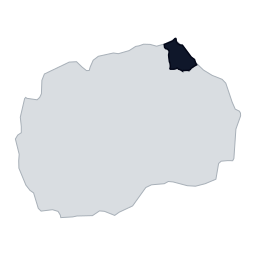 Kriva Palanka on a map of North Macedonia (Mercator projection)
{"feature_id": "MKD-2906", "entity_name": "Kriva Palanka", "entity_type": "Statistical Region", "adm_level": 1, "iso_a3": "MKD", "parent_name": "North Macedonia", "parent_adm1": "", "projection": "mercator", "projection_center": [22.313, 42.232], "detail": "fine", "context": "in_parent", "style": "filled", "palette": "ink", "viewbox_px": 256, "rotation_deg": 0, "n_neighbors": 0, "source": "natural_earth", "source_scale": "10m", "svg_char_len": 1731}
<svg xmlns="http://www.w3.org/2000/svg" viewBox="0 0 256 256"><path d="M113.5,53.0L118.4,53.7L129.1,50.6L135.7,46.4L139.1,45.8L143.6,44.2L150.1,44.4L156.6,46.2L165.0,43.8L173.2,39.9L176.4,40.9L180.0,44.2L182.3,45.1L195.9,62.8L203.4,70.0L212.2,75.4L222.2,79.4L225.8,83.2L232.1,102.0L235.2,109.1L239.4,111.2L240.5,113.2L240.6,115.9L235.9,129.1L233.9,158.4L232.7,160.7L227.7,160.6L221.1,161.2L218.6,163.5L215.9,179.2L205.2,183.7L195.5,186.2L187.3,185.7L173.0,181.9L168.3,181.5L164.3,183.7L151.5,184.8L145.8,187.5L132.6,205.9L119.2,212.2L114.7,215.4L104.4,211.3L99.5,210.9L92.5,215.6L76.9,216.0L72.7,216.9L60.8,217.6L60.3,215.1L58.1,211.4L52.5,209.7L41.1,211.1L38.3,208.4L33.6,192.9L30.0,190.4L25.9,185.1L18.9,168.2L18.7,160.8L19.2,154.3L15.4,139.0L17.7,135.1L21.3,132.7L21.3,126.5L20.3,117.2L24.6,98.7L25.7,97.4L26.8,98.3L37.1,99.8L39.7,97.4L41.4,93.8L41.9,80.3L44.4,74.0L69.2,62.1L76.5,61.7L82.1,67.1L86.5,70.6L89.2,70.5L90.2,67.0L93.2,60.2L98.3,56.3L113.3,53.0L113.5,53.0Z" fill="#d9dde1" stroke="#a8b0b8" stroke-width="1"/><path d="M175.7,38.4L176.1,39.0L176.2,41.0L176.4,41.9L177.7,43.4L179.1,44.5L180.7,45.1L182.4,45.2L191.1,57.0L194.5,59.5L195.6,62.9L196.7,64.8L195.2,65.6L194.3,66.1L192.8,67.2L191.2,68.2L190.3,69.5L189.4,70.0L188.8,70.4L188.8,70.6L187.8,70.4L187.4,70.4L187.0,70.4L186.4,70.4L185.8,70.4L184.7,70.5L183.4,70.5L182.8,70.6L182.6,70.9L182.6,71.2L181.4,70.4L180.0,69.6L178.5,69.2L177.6,68.2L176.9,68.0L176.4,68.5L175.6,68.8L173.9,69.2L172.6,69.2L171.3,69.2L170.3,69.2L169.9,68.6L170.0,68.2L170.3,67.1L170.3,65.4L170.0,63.3L169.4,61.8L168.8,57.2L168.6,54.9L169.1,52.5L169.0,50.7L167.5,49.1L165.6,48.6L164.6,47.4L164.2,44.5L172.6,41.0L174.9,38.6L175.7,38.4Z" fill="#0f172a" stroke="#020617" stroke-width="1.5"/></svg>